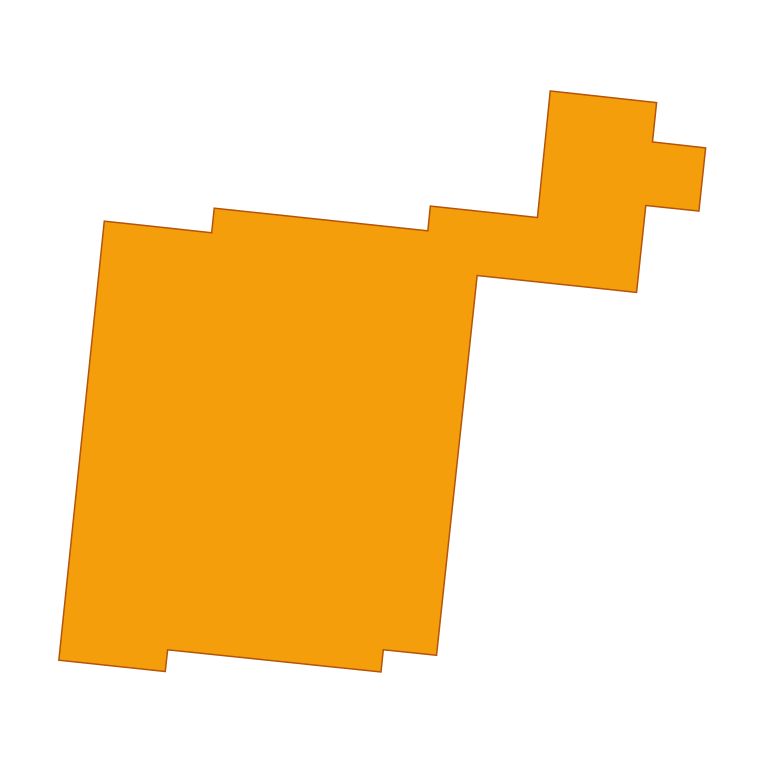 outline of Ward, North Dakota, United States of America, rotated 96°
{"feature_id": "52423323B63405803062554", "entity_name": "Ward", "entity_type": "district", "adm_level": 2, "iso_a3": "USA", "parent_name": "United States of America", "parent_adm1": "North Dakota", "projection": "robinson", "projection_center": [-101.622, 48.327], "detail": "fine", "context": "isolated", "style": "filled", "palette": "amber", "viewbox_px": 768, "rotation_deg": 96, "n_neighbors": 0, "source": "geoboundaries", "source_scale": "gbopen_adm2", "svg_char_len": 477}
<svg xmlns="http://www.w3.org/2000/svg" viewBox="0 0 768 768"><g transform="rotate(96 384 384)"><path d="M179.1,88.9L115.6,88.8L115.2,142.3L75.7,142.3L75.2,249.3L202.4,248.8L202.2,356.5L227.1,356.4L226.9,571.2L251.6,571.2L251.3,679.2L629.7,678.6L692.7,678.5L692.8,571.5L671.0,571.4L670.9,518.0L670.8,411.0L670.7,356.9L648.4,356.9L648.3,303.4L520.8,303.2L393.4,302.9L266.4,302.7L266.5,142.4L179.1,142.3L179.1,88.9Z" fill="#f59e0b" stroke="#b45309" stroke-width="1.5"/></g></svg>